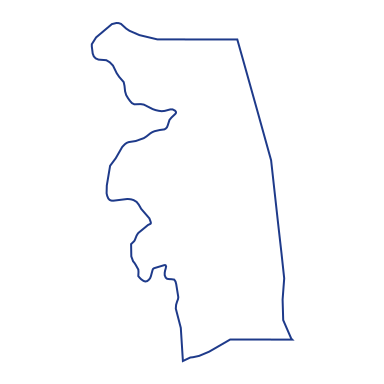 the District of Nkhotakota
{"feature_id": "MWI-1902", "entity_name": "Nkhotakota", "entity_type": "District", "adm_level": 1, "iso_a3": "MWI", "parent_name": "Malawi", "parent_adm1": "", "projection": "albers", "projection_center": [34.033, -12.814], "detail": "fine", "context": "isolated", "style": "outline", "palette": "blue", "viewbox_px": 384, "rotation_deg": 0, "n_neighbors": 0, "source": "natural_earth", "source_scale": "10m", "svg_char_len": 1843}
<svg xmlns="http://www.w3.org/2000/svg" viewBox="0 0 384 384"><path d="M237.3,39.5L243.4,61.1L257.7,112.1L271.1,160.3L274.2,188.3L278.1,223.5L281.5,253.4L284.2,278.4L282.6,299.6L283.2,320.1L291.1,338.3L291.4,338.8L292.2,339.6L230.2,339.5L209.1,351.7L199.1,355.9L193.1,357.2L190.3,357.5L182.9,361.0L180.8,327.9L175.8,308.6L176.1,304.8L177.1,301.5L178.0,299.2L178.3,297.2L176.2,284.1L175.5,281.5L174.2,279.6L171.4,279.2L169.2,279.1L167.1,278.8L165.7,277.6L164.7,275.2L164.7,272.8L165.1,270.5L165.7,268.5L166.1,266.4L165.5,265.2L164.4,265.1L154.1,268.2L153.1,268.9L152.6,269.9L150.9,276.2L150.1,278.2L148.9,279.7L147.2,281.1L145.3,281.5L143.5,280.9L141.2,279.3L139.6,277.7L138.3,276.1L138.5,271.9L138.3,269.5L135.6,264.7L134.3,262.7L133.1,261.3L131.3,256.4L131.1,244.1L134.2,241.1L134.8,240.1L136.6,235.6L137.7,233.8L138.4,232.9L148.0,225.0L150.5,223.8L150.9,223.0L150.6,221.7L149.4,218.4L141.2,208.9L138.8,204.7L136.6,201.9L133.6,200.1L131.3,199.4L129.1,199.1L127.2,199.0L113.3,200.7L111.3,200.6L109.6,199.9L108.3,198.5L107.2,195.9L106.6,193.3L106.8,185.5L110.1,165.8L115.7,158.3L122.2,147.0L123.6,145.5L125.0,144.1L126.7,142.9L128.7,142.1L135.8,141.0L143.9,138.1L146.5,136.4L150.4,133.3L152.4,132.1L154.6,131.2L159.8,130.0L164.3,129.4L165.6,128.7L166.9,127.4L167.7,125.5L169.5,119.9L171.5,117.5L175.3,113.9L175.7,113.4L176.0,112.7L175.9,111.8L175.1,110.7L172.6,109.4L170.3,109.4L164.7,110.9L161.7,111.2L158.7,110.8L155.6,110.1L152.7,109.1L143.8,104.6L140.7,104.1L134.3,104.3L131.9,103.1L129.8,100.7L127.9,98.0L126.2,95.1L125.1,91.4L124.5,85.9L123.7,82.1L119.2,76.9L116.7,73.2L113.0,65.6L109.8,62.3L106.3,60.2L98.5,59.6L95.7,58.4L93.8,56.4L92.7,53.5L91.8,46.4L91.8,44.2L96.1,37.4L111.9,24.1L116.4,23.0L118.6,23.1L121.0,23.9L126.2,28.6L129.5,30.8L139.4,35.1L157.4,39.4L237.3,39.5L237.3,39.5Z" fill="none" stroke="#1e3a8a" stroke-width="2"/></svg>